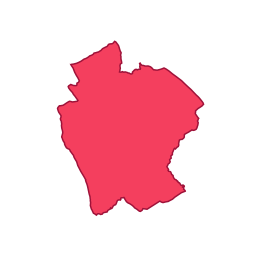 Shinyanga Urban, Shinyanga, United Republic of Tanzania, rotated 326°
{"feature_id": "72390352B93356288072561", "entity_name": "Shinyanga Urban", "entity_type": "district", "adm_level": 2, "iso_a3": "TZA", "parent_name": "United Republic of Tanzania", "parent_adm1": "Shinyanga", "projection": "robinson", "projection_center": [33.442, -3.624], "detail": "fine", "context": "isolated", "style": "filled", "palette": "rose", "viewbox_px": 256, "rotation_deg": 326, "n_neighbors": 0, "source": "geoboundaries", "source_scale": "gbopen_adm2", "svg_char_len": 5077}
<svg xmlns="http://www.w3.org/2000/svg" viewBox="0 0 256 256"><g transform="rotate(326 128 128)"><path d="M116.1,43.6L116.0,44.4L116.0,47.6L115.0,51.9L114.6,55.5L114.5,58.3L114.0,61.7L112.6,62.4L110.7,62.3L109.8,63.6L109.2,64.0L108.3,63.6L106.5,62.2L104.9,59.9L103.6,59.9L102.4,59.9L101.6,60.2L101.2,61.7L101.3,64.4L101.8,67.7L101.6,69.0L101.6,70.1L101.8,71.6L101.9,76.0L102.0,77.1L101.1,77.5L99.3,76.7L97.2,75.7L96.3,75.2L95.4,74.0L94.4,73.1L92.1,72.9L89.5,72.9L87.0,72.9L85.6,72.3L84.3,71.7L83.5,71.2L81.4,71.8L80.5,72.4L79.8,74.5L79.4,76.2L79.4,78.5L79.4,80.2L78.8,81.1L78.3,81.7L77.1,82.5L76.6,83.8L76.6,84.6L76.3,85.5L75.9,86.2L75.6,87.0L74.9,88.0L74.1,88.9L73.8,89.6L73.4,90.3L73.0,91.2L72.7,91.9L72.6,92.4L72.3,93.2L72.0,93.9L71.7,94.7L71.3,95.3L70.7,96.0L70.2,96.4L70.0,96.6L68.6,97.8L68.2,98.1L67.9,98.7L67.8,99.7L67.5,100.4L67.3,101.3L67.0,103.1L67.1,104.6L66.3,106.2L66.0,108.3L65.9,110.0L66.6,111.6L67.4,112.7L67.5,113.9L67.2,114.8L67.3,116.4L67.4,118.8L67.5,120.2L66.9,122.2L66.7,124.8L66.6,127.1L66.3,128.2L66.2,128.5L65.4,131.0L64.6,137.6L64.3,143.6L64.0,147.2L64.0,147.3L63.7,147.4L63.2,148.8L62.9,150.1L62.7,151.1L62.1,153.1L61.3,155.2L60.4,157.4L59.7,159.1L58.9,161.1L58.1,163.7L57.2,165.3L56.7,166.4L56.0,167.3L55.5,168.6L54.7,169.7L53.4,171.3L52.9,172.9L52.3,174.7L52.3,175.6L52.0,177.5L51.7,179.4L52.3,180.3L52.6,181.2L52.9,181.7L53.0,182.5L53.6,182.5L54.2,182.2L54.9,182.2L55.3,182.4L55.9,182.8L56.4,183.3L56.7,184.0L57.1,184.5L57.7,184.6L58.1,184.8L58.6,185.0L59.9,184.5L60.7,184.6L61.9,185.2L62.5,185.3L63.1,185.6L63.4,185.9L64.1,185.8L65.0,185.1L66.0,185.0L66.6,185.1L67.8,185.2L68.0,185.3L68.3,185.3L68.5,184.7L68.9,184.5L69.3,185.3L69.5,185.6L70.4,185.4L71.0,185.0L72.1,184.4L73.4,184.3L74.1,184.3L74.7,184.7L75.6,184.3L76.1,184.0L77.6,182.9L78.1,182.5L78.8,182.2L80.1,182.4L80.4,182.6L80.7,182.8L81.2,183.4L81.4,183.5L82.2,183.1L82.6,182.2L83.3,182.1L83.8,182.4L84.3,182.7L84.7,182.9L85.0,183.2L85.5,183.2L85.8,183.3L85.9,184.0L85.6,185.2L85.5,188.2L86.1,190.1L87.1,191.7L88.1,194.1L88.7,196.3L88.8,197.8L89.4,199.1L90.0,200.4L90.4,201.8L90.9,203.3L91.7,204.1L93.6,204.1L94.5,203.7L95.3,203.2L98.4,206.0L113.4,206.4L113.6,206.6L114.2,208.0L115.3,209.4L117.6,210.2L120.3,211.4L121.9,211.5L125.1,211.9L128.2,211.5L131.2,211.5L133.7,211.5L135.9,211.5L136.1,211.5L140.1,212.4L140.3,211.9L140.2,210.9L139.8,209.9L140.6,209.1L140.8,208.1L140.3,207.6L140.8,207.3L141.9,208.0L142.2,207.3L141.7,206.0L140.3,205.7L139.8,204.5L140.0,203.5L140.0,202.4L139.4,201.3L139.4,200.7L139.3,200.8L139.1,199.3L138.9,197.8L138.0,196.5L138.0,195.1L138.3,193.5L138.8,192.6L138.6,191.8L138.2,191.0L138.6,189.6L138.8,188.1L138.2,187.2L137.5,186.6L137.5,185.6L138.4,185.1L138.5,184.0L138.5,182.7L138.8,181.6L139.6,181.4L141.2,180.3L142.6,180.3L144.1,179.6L144.4,178.5L144.9,177.4L146.2,177.3L146.9,177.2L147.7,175.5L148.4,175.0L149.2,175.1L150.1,174.7L150.9,173.4L151.8,172.9L154.1,171.3L155.1,170.9L155.5,171.9L156.4,171.7L157.7,171.4L159.4,171.4L160.6,170.5L161.2,169.3L162.3,168.2L163.1,167.4L164.0,166.7L164.9,166.9L165.9,167.3L166.5,167.7L168.3,167.6L169.6,167.0L170.2,166.1L171.2,164.9L173.1,165.0L176.1,165.3L177.8,165.3L179.9,165.4L180.7,166.4L182.1,167.0L183.7,167.2L185.3,166.4L186.2,165.6L187.4,164.7L188.4,163.7L189.2,162.8L189.5,161.0L190.6,160.5L191.5,159.6L192.0,159.5L191.8,158.3L191.8,154.3L191.9,153.6L192.9,152.6L193.7,151.5L195.3,151.3L197.0,151.0L199.0,151.1L201.8,151.1L203.3,150.7L203.9,150.6L204.3,149.0L204.2,146.7L203.9,143.1L203.6,141.2L203.0,138.8L201.7,131.2L200.7,127.2L199.7,122.8L198.9,118.8L196.8,112.6L195.1,107.9L193.9,103.8L192.5,100.3L191.4,98.4L188.7,97.8L187.1,97.3L184.6,96.4L183.6,95.6L181.7,93.9L181.3,91.0L180.6,89.4L179.3,87.8L178.1,87.1L176.8,86.2L175.8,84.8L175.0,84.2L174.5,83.6L174.2,81.5L174.3,81.0L173.7,81.0L173.3,82.3L173.0,82.7L172.9,82.8L172.7,83.1L172.4,83.4L171.9,83.9L171.7,84.8L171.7,85.5L171.0,86.1L170.6,85.7L170.1,85.5L168.7,85.0L168.2,85.0L167.7,84.0L166.7,83.5L166.3,83.5L165.8,83.8L165.2,83.6L164.4,83.9L163.7,84.0L163.0,84.1L162.9,84.2L162.8,84.5L162.5,84.7L162.3,85.2L161.7,85.3L160.6,84.9L160.0,83.9L159.7,83.1L159.2,82.7L158.8,82.5L158.6,81.8L157.6,80.6L157.4,80.4L157.0,79.9L156.3,79.6L155.9,79.6L155.3,79.0L155.4,78.9L154.9,78.1L154.7,78.0L153.8,78.0L153.0,77.5L152.3,76.8L153.2,76.0L153.7,75.6L154.1,75.0L154.8,74.4L155.0,74.2L155.7,72.7L156.0,72.2L156.2,71.7L156.6,71.5L157.4,70.7L159.1,70.7L159.7,69.5L160.0,68.9L160.3,67.9L160.9,66.6L161.6,65.5L162.0,65.0L162.1,64.8L162.6,63.4L163.6,62.5L164.3,61.9L164.4,61.6L164.5,61.2L164.5,60.1L165.1,58.0L165.7,56.2L166.2,54.4L166.2,52.9L166.2,52.7L166.1,52.0L166.1,50.7L166.0,49.8L165.7,49.3L165.4,48.7L165.0,48.8L162.8,49.4L161.8,49.2L160.4,48.4L159.8,48.1L159.3,48.0L158.6,47.8L158.1,48.0L157.2,48.4L156.2,48.7L155.3,48.5L153.2,48.2L151.3,48.0L149.6,48.4L148.9,48.6L148.0,48.5L147.1,48.5L146.0,48.5L144.9,48.0L143.7,47.7L142.0,47.0L141.5,46.9L140.7,47.4L139.9,47.4L138.3,47.3L136.7,46.8L134.8,47.0L132.3,46.9L130.0,46.3L126.7,46.4L124.1,46.1L121.5,45.6L118.2,44.4L117.0,43.7L116.2,43.7L116.1,43.6Z" fill="#f43f5e" stroke="#9f1239" stroke-width="1.5"/></g></svg>